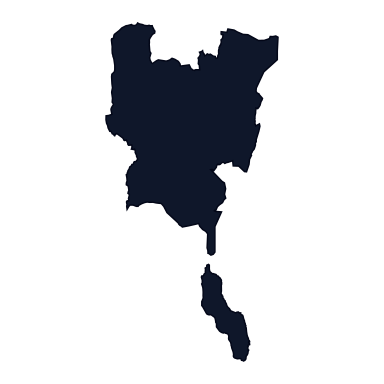 the district of Tenancingo, México, Mexico
{"feature_id": "50627088B61116384552584", "entity_name": "Tenancingo", "entity_type": "district", "adm_level": 2, "iso_a3": "MEX", "parent_name": "Mexico", "parent_adm1": "México", "projection": "equal_earth", "projection_center": [-99.568, 18.93], "detail": "fine", "context": "isolated", "style": "filled", "palette": "ink", "viewbox_px": 384, "rotation_deg": 0, "n_neighbors": 0, "source": "geoboundaries", "source_scale": "gbopen_adm2", "svg_char_len": 5982}
<svg xmlns="http://www.w3.org/2000/svg" viewBox="0 0 384 384"><path d="M202.6,50.7L201.7,51.5L199.5,52.2L200.3,53.8L200.2,54.9L199.5,56.4L198.1,58.1L198.5,58.9L198.6,60.6L198.3,63.8L199.3,65.1L199.7,69.8L195.9,69.7L194.4,70.2L194.4,70.4L192.6,70.0L192.1,69.3L191.1,68.8L189.2,64.9L180.4,66.1L180.0,63.9L178.3,61.4L174.8,59.3L172.0,58.3L169.7,60.0L167.2,60.9L166.0,61.1L158.3,59.9L156.3,60.9L152.6,63.5L151.7,63.1L150.1,60.1L149.6,57.8L150.9,53.2L149.8,51.4L149.2,44.4L149.4,42.3L149.3,40.5L149.4,39.4L150.3,37.6L152.3,34.6L153.6,33.6L154.6,33.1L154.9,31.3L154.5,30.4L154.1,30.2L153.2,28.0L152.8,27.7L152.2,25.7L150.4,25.8L149.0,25.3L148.3,25.6L147.0,25.7L144.4,25.4L142.6,24.6L139.3,23.9L137.6,23.0L137.3,23.7L136.2,24.9L135.1,25.5L132.3,25.4L131.9,25.3L131.8,24.6L131.6,24.5L127.0,25.7L126.2,25.7L121.9,27.9L119.3,30.5L114.5,34.3L114.0,35.1L113.5,38.2L111.7,38.8L111.4,39.9L112.2,46.7L112.1,49.4L112.3,53.4L112.9,55.3L113.0,56.4L113.5,57.7L113.9,59.0L114.8,65.4L114.8,69.4L114.5,71.4L113.9,72.3L111.9,74.2L111.6,76.7L112.0,84.1L112.5,87.8L111.8,91.3L111.7,92.5L112.5,98.2L112.2,102.2L113.2,103.6L113.4,104.7L112.1,106.6L111.2,108.4L111.0,109.7L111.9,114.4L108.5,115.5L106.1,115.8L106.0,119.8L106.6,123.3L107.7,125.6L108.1,127.9L109.8,131.3L111.0,131.3L112.3,133.8L113.0,134.0L114.0,135.1L114.3,135.1L114.7,136.3L114.9,134.7L115.5,133.9L116.3,133.6L116.3,133.9L116.8,133.5L122.6,137.8L123.4,138.8L123.8,140.0L124.5,140.5L126.4,140.2L127.8,143.1L127.8,144.1L128.5,145.2L130.0,145.2L131.7,144.8L132.0,146.3L131.8,148.2L131.4,149.1L134.0,149.6L134.3,149.6L134.4,149.1L134.8,149.3L135.3,151.3L135.2,152.5L136.6,155.5L136.6,156.6L137.1,157.4L137.5,158.6L137.5,159.6L136.7,160.4L136.3,161.4L134.4,161.7L133.9,162.2L133.4,163.8L132.9,164.4L131.9,164.5L131.6,165.4L130.8,166.3L129.8,166.9L129.1,169.1L128.0,170.7L127.8,171.9L127.4,172.4L127.5,173.5L126.3,174.7L126.9,177.9L127.1,181.0L126.5,182.5L126.3,184.3L126.4,184.9L127.5,185.4L128.3,186.3L128.9,190.4L128.2,192.1L128.0,193.4L128.9,194.0L129.4,195.0L128.5,198.4L128.9,200.4L128.7,201.0L128.3,201.2L127.5,200.8L127.1,200.9L126.6,201.6L126.6,202.7L127.0,204.4L126.7,206.3L127.1,209.3L129.2,205.7L129.5,205.7L130.0,205.0L133.2,205.1L136.3,206.3L138.1,206.3L138.6,205.4L141.6,203.7L144.4,202.6L147.0,202.0L149.8,202.3L153.0,202.2L156.1,202.9L161.3,203.5L163.8,206.4L167.0,212.6L178.4,223.1L178.7,224.0L179.8,225.2L181.5,226.1L182.3,227.0L188.6,225.8L198.7,223.5L199.8,226.3L202.7,229.5L205.7,231.3L207.6,233.7L207.7,234.3L207.1,247.9L207.9,250.5L208.0,253.3L208.7,253.4L210.9,255.1L213.2,254.3L214.9,252.1L214.9,226.6L221.5,211.9L215.4,211.4L214.4,211.1L214.3,210.6L214.7,210.2L215.7,210.2L216.1,209.7L217.4,206.7L219.4,204.8L222.5,202.6L223.9,199.8L225.7,198.2L224.5,194.3L225.6,188.8L224.4,182.9L221.9,181.3L210.7,169.6L212.0,169.4L212.2,169.8L212.8,169.6L213.2,169.8L213.5,170.7L213.8,170.7L216.3,167.3L216.7,165.6L217.5,164.3L218.0,164.2L218.3,164.6L218.9,164.7L220.2,164.3L221.8,162.7L222.6,162.4L223.5,162.3L224.8,163.4L226.4,162.6L228.0,162.3L232.7,160.7L233.2,165.9L238.7,166.1L244.5,171.6L246.5,171.8L249.0,164.4L249.5,159.4L251.5,155.3L250.9,154.0L252.0,152.4L252.5,151.1L254.2,149.0L255.4,145.3L255.4,142.6L256.2,141.9L256.2,139.6L258.8,131.1L259.9,126.2L259.4,123.9L255.7,125.9L255.3,124.2L254.8,123.9L255.1,121.1L254.7,119.3L255.0,118.6L254.9,118.4L255.0,115.8L255.6,113.0L255.6,111.5L256.0,108.1L256.7,108.5L257.3,108.1L257.6,108.4L257.7,108.1L258.0,108.3L258.6,107.6L260.0,105.3L261.0,101.6L262.0,100.0L262.5,98.4L259.3,94.7L259.0,93.9L257.1,93.0L256.0,91.3L256.3,88.0L263.8,71.9L277.3,59.7L277.3,51.1L278.0,37.2L275.8,36.0L272.8,36.6L270.2,36.5L269.5,38.5L268.4,39.0L264.2,40.4L258.4,40.5L247.9,34.7L243.0,34.4L237.4,32.0L234.1,30.1L227.9,29.0L226.9,32.4L221.2,31.7L221.1,33.8L221.3,34.5L223.0,34.7L222.8,36.9L222.4,38.5L221.0,39.9L221.3,42.1L220.5,45.3L220.1,45.3L219.1,47.5L219.3,47.7L218.6,50.3L218.6,53.1L219.0,53.5L217.9,55.6L217.7,57.2L217.2,58.2L216.9,58.1L216.1,58.5L215.6,57.8L215.3,56.5L213.2,56.1L210.4,54.2L209.4,54.7L209.1,54.4L208.5,54.6L207.4,53.9L206.7,54.3L206.0,55.3L205.1,55.5L204.8,55.3L204.7,55.6L203.8,54.2L204.1,54.0L203.0,52.5L202.6,50.7ZM208.5,264.4L206.8,265.2L206.8,266.6L206.6,267.2L205.2,268.1L205.5,269.7L205.3,271.3L205.5,272.7L204.1,274.1L203.6,275.5L202.4,276.1L201.8,276.0L201.4,277.1L202.3,280.4L202.3,281.9L202.2,283.2L201.7,283.9L202.8,287.3L203.0,288.8L203.2,292.2L203.1,296.3L203.3,296.8L203.1,298.5L201.8,301.6L201.8,305.6L202.7,306.7L206.7,313.8L207.9,314.5L209.0,314.8L211.1,314.7L214.7,317.4L215.2,318.7L215.7,321.1L215.7,322.1L216.5,323.6L216.5,326.9L219.6,331.1L221.2,332.2L222.3,332.7L223.5,333.0L224.1,332.6L226.5,333.5L227.2,333.5L227.9,334.1L228.5,335.1L228.8,336.3L228.6,338.5L228.8,339.6L230.6,342.2L231.1,344.1L231.1,345.2L231.7,347.0L231.7,347.7L233.2,351.9L233.6,354.3L233.4,356.2L233.9,357.3L234.6,357.9L237.3,358.8L240.4,358.5L241.1,359.1L241.5,360.3L242.6,360.4L243.5,361.0L244.8,360.4L245.5,359.6L245.9,358.8L246.1,356.4L247.3,354.7L247.9,353.2L248.1,351.2L248.6,350.5L248.6,350.0L248.1,349.8L247.8,348.4L247.8,347.4L248.2,346.3L247.9,345.7L248.2,345.1L249.6,344.7L249.7,344.0L249.2,343.2L248.7,342.8L248.6,342.3L248.8,342.0L249.6,341.9L249.6,341.4L249.3,340.7L248.5,339.8L248.3,338.3L247.5,336.6L247.0,334.8L246.5,331.7L246.2,327.8L245.8,327.5L245.6,327.0L245.9,325.8L245.3,324.6L245.1,323.1L244.5,322.7L244.5,321.1L243.6,318.7L243.0,316.1L242.5,315.1L241.8,315.1L240.7,314.0L240.7,312.9L239.3,312.9L238.4,312.0L236.9,312.2L235.7,312.9L230.8,310.9L230.1,309.8L229.7,309.8L229.5,308.7L228.0,307.4L227.2,306.3L226.7,305.2L226.4,304.9L226.5,304.2L225.3,301.9L225.0,300.7L224.3,300.3L223.6,298.7L223.0,298.4L222.9,297.1L222.6,296.0L222.0,295.7L221.9,294.9L221.6,294.9L221.0,293.4L221.4,291.0L221.3,285.4L221.6,284.2L221.6,282.4L221.2,281.3L221.4,280.8L221.3,280.0L219.9,277.8L219.2,277.7L218.9,277.0L218.1,276.1L217.3,276.1L216.0,274.5L213.0,273.6L212.3,273.8L209.8,271.5L209.3,269.1L209.3,265.1L208.5,264.4Z" fill="#0f172a" stroke="#020617" stroke-width="1.5"/></svg>